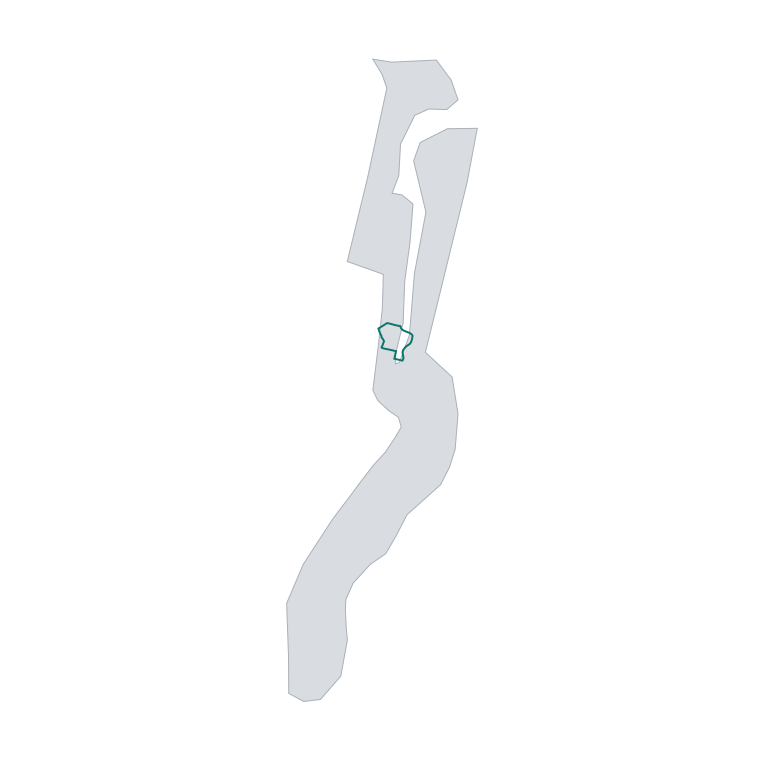 Jarra West, Lower River, Gambia (highlighted), rotated 103°
{"feature_id": "56634734B83949040016571", "entity_name": "Jarra West", "entity_type": "district", "adm_level": 2, "iso_a3": "GMB", "parent_name": "Gambia", "parent_adm1": "Lower River", "projection": "mercator", "projection_center": [-15.534, 13.437], "detail": "fine", "context": "in_parent", "style": "outline", "palette": "teal", "viewbox_px": 768, "rotation_deg": 103, "n_neighbors": 0, "source": "geoboundaries", "source_scale": "gbopen_adm2", "svg_char_len": 2333}
<svg xmlns="http://www.w3.org/2000/svg" viewBox="0 0 768 768"><g transform="rotate(103 384 384)"><path d="M113.9,350.6L169.3,348.4L236.4,349.3L309.4,350.3L343.8,350.8L361.9,319.2L396.3,305.2L431.5,300.0L449.8,301.4L469.2,306.1L506.3,332.2L529.4,338.1L548.9,344.1L562.8,356.8L585.0,369.3L602.5,372.7L612.8,370.8L630.1,366.0L641.5,362.1L678.5,360.4L705.7,375.0L711.4,390.9L706.9,407.2L670.3,415.9L619.7,429.5L577.8,422.1L526.8,403.5L497.0,390.1L484.6,384.8L466.0,376.3L449.8,367.2L434.1,361.3L422.1,357.5L413.3,362.3L408.8,373.5L401.7,386.1L392.6,393.5L349.9,397.9L311.6,402.5L291.0,406.5L277.3,409.4L272.9,447.3L229.5,446.9L186.9,446.4L142.6,447.1L95.0,447.8L82.8,455.5L70.0,468.0L68.7,449.1L56.6,405.9L72.8,386.9L90.5,375.8L102.5,384.7L106.0,402.3L115.2,414.4L146.4,421.9L177.4,416.5L196.3,419.0L195.7,409.2L202.1,396.2L239.7,390.6L279.4,386.9L320.2,379.1L352.2,379.5L361.8,377.3L359.5,373.9L330.8,370.2L269.5,379.2L207.1,381.8L159.9,405.3L140.5,403.1L121.0,379.6L113.9,350.6Z" fill="#d9dde1" stroke="#a8b0b8" stroke-width="1"/><path d="M357.1,371.4L356.7,371.2L356.1,371.0L355.8,371.0L355.2,370.9L354.5,370.9L353.8,371.0L352.9,371.5L352.6,371.5L350.0,372.7L349.4,372.9L348.5,373.1L347.5,373.1L346.7,373.0L345.2,372.4L343.5,371.5L342.2,370.7L341.4,370.0L340.0,368.6L339.3,368.0L339.2,367.9L338.2,367.4L337.5,367.2L336.8,367.0L336.1,367.0L335.7,366.9L333.9,366.8L333.2,366.8L332.8,366.9L332.4,366.9L332.2,366.9L331.6,366.9L331.2,367.0L330.7,367.0L330.4,367.1L330.1,367.4L329.8,367.7L329.3,368.5L328.9,369.3L328.7,369.9L328.3,371.5L328.2,372.7L328.2,372.9L328.1,373.1L328.0,374.0L328.0,374.4L327.9,374.7L327.8,375.1L327.7,375.5L327.7,375.9L327.6,376.5L327.1,378.0L326.8,378.5L326.5,379.0L326.3,379.2L326.1,379.7L325.8,379.9L324.7,380.7L323.9,381.2L323.9,381.3L324.1,384.1L324.0,389.5L323.9,390.2L323.9,391.2L323.9,391.9L323.9,394.6L326.9,397.6L331.2,401.9L331.3,401.8L332.4,401.2L335.1,399.5L335.5,399.1L336.0,398.8L337.7,397.4L337.9,397.2L338.0,397.2L338.3,397.2L338.7,397.0L339.2,396.8L339.5,396.5L339.6,396.4L339.8,396.0L340.0,395.6L340.9,394.8L341.0,394.7L342.3,393.6L342.8,393.7L346.3,394.1L346.6,394.2L347.0,394.2L347.5,394.3L347.8,394.3L349.3,394.7L349.5,394.7L349.4,394.7L349.4,389.8L349.3,387.5L349.3,383.1L349.3,379.7L352.3,379.6L354.1,379.6L357.0,379.6L357.1,371.4Z" fill="none" stroke="#0f766e" stroke-width="2"/></g></svg>